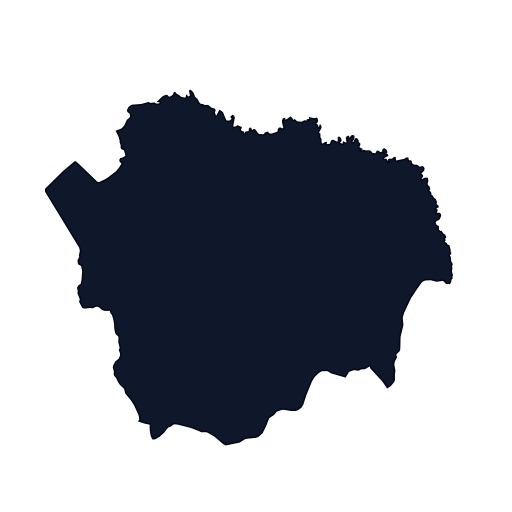 Gemena, Équateur, Democratic Republic of the Congo, rotated 77°
{"feature_id": "63176286B43464771754704", "entity_name": "Gemena", "entity_type": "district", "adm_level": 2, "iso_a3": "COD", "parent_name": "Democratic Republic of the Congo", "parent_adm1": "Équateur", "projection": "mercator", "projection_center": [19.592, 3.435], "detail": "fine", "context": "isolated", "style": "filled", "palette": "ink", "viewbox_px": 512, "rotation_deg": 77, "n_neighbors": 0, "source": "geoboundaries", "source_scale": "gbopen_adm2", "svg_char_len": 6016}
<svg xmlns="http://www.w3.org/2000/svg" viewBox="0 0 512 512"><g transform="rotate(77 256 256)"><path d="M179.9,121.0L179.2,122.0L178.6,125.3L177.5,127.2L177.6,129.7L176.9,130.8L175.7,129.1L174.0,131.1L173.0,131.5L170.3,129.8L167.9,131.1L166.4,130.7L164.5,131.6L164.3,132.2L164.7,132.9L167.3,134.9L167.6,135.8L167.1,136.7L165.8,136.9L163.8,134.6L161.3,133.8L160.6,134.5L160.6,135.7L162.9,138.4L162.5,139.2L160.4,139.0L160.5,140.4L161.4,141.3L165.6,141.5L166.5,142.4L166.2,143.6L164.9,145.1L166.8,145.9L166.9,146.6L165.1,149.2L163.9,149.1L162.7,147.4L160.9,147.3L159.6,147.8L159.0,148.5L159.2,149.0L162.8,149.9L163.5,150.5L163.6,151.5L161.0,154.6L160.7,155.7L161.4,156.8L163.5,157.9L164.0,158.9L163.7,162.2L162.9,162.7L161.3,162.1L161.3,163.3L162.2,165.7L161.6,167.1L159.6,167.2L156.7,166.6L154.9,167.3L151.4,166.5L150.6,167.6L149.4,167.3L145.8,164.2L144.3,163.7L143.3,164.1L145.3,165.3L145.5,166.0L144.8,166.7L142.3,166.9L140.4,168.4L139.8,168.0L139.3,166.6L137.8,165.7L135.6,165.9L135.5,168.7L133.6,172.5L135.5,172.9L135.7,173.4L134.9,174.6L135.1,175.4L136.1,175.4L136.3,176.0L135.4,178.3L136.2,181.2L134.7,186.0L132.1,187.8L132.7,189.0L132.3,189.6L130.0,190.3L128.6,191.3L129.8,193.6L130.6,196.3L130.4,197.4L128.6,197.3L128.6,198.2L129.7,199.4L132.2,199.9L137.5,199.8L138.6,201.4L136.9,203.7L136.9,204.7L138.2,205.9L139.8,206.0L140.4,207.5L141.0,212.9L140.5,215.1L139.9,216.0L138.1,217.0L138.4,219.3L139.7,220.6L139.7,221.8L138.6,225.7L137.2,227.0L133.0,228.8L132.5,229.6L133.3,231.6L133.0,232.3L130.7,232.5L130.3,233.0L131.0,233.8L132.6,234.2L133.4,235.3L133.1,237.9L135.8,240.5L135.3,241.1L132.6,240.4L131.5,242.1L129.9,243.2L127.4,241.7L125.2,244.7L126.0,247.1L125.6,249.5L123.8,249.5L116.4,246.3L114.8,246.4L113.9,247.2L114.9,248.9L117.3,248.0L118.8,250.8L118.3,253.8L117.5,255.1L108.9,256.5L107.3,257.6L106.3,258.8L110.5,262.2L110.9,263.4L110.6,264.3L108.1,264.3L107.3,264.8L104.8,263.3L103.8,263.5L101.7,266.8L98.7,269.0L97.9,272.6L96.8,273.7L95.7,276.3L94.1,277.3L89.9,278.4L87.7,280.2L83.6,280.7L81.0,281.9L80.0,282.8L80.3,283.5L85.3,283.6L86.4,286.2L84.3,287.5L86.1,288.5L86.6,289.5L84.6,293.8L82.8,294.9L80.3,297.5L78.6,298.3L78.8,299.1L80.2,299.7L81.1,301.0L82.1,304.0L81.8,305.4L79.6,306.8L79.6,309.3L80.2,311.1L83.4,316.5L84.0,314.6L85.7,315.0L86.3,316.5L85.6,319.5L84.2,320.8L83.8,324.8L82.5,326.2L82.8,333.7L81.4,342.7L81.9,344.7L82.7,346.3L85.2,348.3L86.6,348.1L88.6,346.4L90.8,346.3L93.0,347.2L94.9,350.8L98.9,353.8L100.6,355.6L102.3,358.5L103.0,363.7L109.1,362.3L114.0,362.2L114.4,362.6L118.0,362.2L119.6,362.8L121.0,362.6L123.1,360.1L129.1,359.9L129.8,360.8L130.7,363.5L130.8,365.9L131.9,366.9L133.1,367.0L135.9,365.4L139.8,369.3L142.7,373.2L146.8,382.2L148.1,386.1L149.4,392.1L149.1,394.0L127.0,408.4L123.8,410.7L123.7,411.4L130.3,424.3L143.5,445.8L145.8,446.3L148.4,445.5L208.0,425.7L211.4,425.7L215.8,427.7L217.5,427.8L220.5,430.3L223.7,430.5L226.2,427.9L232.0,428.1L240.6,430.8L244.1,432.5L245.5,435.6L247.0,436.8L250.7,436.9L251.9,437.6L258.5,436.7L261.0,437.9L267.1,436.3L268.0,434.5L268.7,428.8L269.5,427.0L268.7,423.2L269.1,421.6L270.3,419.8L273.7,417.4L274.9,415.1L275.6,411.1L276.5,410.1L279.3,409.8L280.3,409.0L284.8,408.6L290.0,408.8L294.9,409.7L299.2,409.8L300.5,409.5L303.2,407.6L304.4,407.5L308.9,408.8L315.1,408.8L317.0,410.1L320.1,409.7L322.5,410.0L325.7,412.4L327.7,416.4L330.8,419.1L332.6,419.9L336.2,419.7L337.7,419.9L338.9,420.5L340.5,420.4L343.4,419.0L347.7,418.1L350.7,416.9L355.5,413.7L360.4,413.6L368.2,409.7L373.8,407.7L383.9,405.6L386.6,405.5L389.8,406.0L390.5,407.0L393.5,402.1L396.0,396.8L401.5,397.9L406.1,398.3L409.0,398.1L410.9,397.5L411.2,395.5L409.7,390.8L407.0,385.9L402.6,380.4L402.4,377.5L401.1,375.2L400.9,373.1L402.0,370.0L407.8,358.6L413.0,350.7L414.7,348.7L415.8,343.9L416.7,342.4L422.4,336.4L431.0,330.1L433.0,328.1L433.4,314.1L431.3,308.1L431.2,306.7L432.4,297.0L432.1,294.6L429.6,289.9L422.8,284.4L416.4,280.2L414.2,274.4L411.7,271.3L411.0,265.9L411.3,263.5L414.2,256.5L415.2,252.0L414.9,249.8L413.4,246.3L411.0,243.9L402.7,239.0L390.4,230.3L386.9,227.0L384.0,222.5L382.6,219.1L382.4,217.4L383.4,212.6L384.0,211.4L386.6,208.9L393.7,196.2L389.1,191.7L388.5,186.1L390.1,181.9L389.4,179.3L390.0,175.3L388.2,169.4L391.2,169.1L406.1,160.6L413.7,157.6L412.3,154.1L409.2,150.0L407.5,149.1L403.6,148.3L398.9,146.7L392.8,146.4L389.6,145.1L386.2,142.1L383.8,142.3L382.6,141.5L380.8,138.3L379.1,137.1L367.0,134.0L356.2,128.6L348.8,127.6L344.3,125.1L334.6,117.5L331.2,114.7L323.8,106.9L318.9,101.4L317.7,99.4L317.2,96.6L318.2,91.0L321.0,85.6L321.5,79.6L322.7,78.0L325.3,76.8L325.7,75.8L325.6,74.6L326.3,73.7L324.8,72.2L322.6,71.5L321.7,70.1L320.0,70.0L318.9,69.1L314.9,69.3L311.9,68.1L309.9,68.1L308.4,67.0L307.2,67.0L305.4,67.7L300.4,67.2L299.7,67.8L298.8,67.7L297.4,65.9L296.0,65.8L295.4,66.4L293.9,65.7L289.5,65.8L288.2,67.5L286.5,68.0L285.3,69.4L284.2,69.6L283.1,68.4L281.3,68.6L280.3,67.2L278.2,67.5L276.8,68.9L274.0,70.0L273.6,71.2L271.3,72.8L270.5,72.3L268.2,71.9L266.7,73.7L263.4,74.4L261.8,72.4L261.4,70.0L260.8,69.1L258.3,67.3L256.9,67.1L255.7,68.0L255.2,71.2L254.4,71.2L252.7,69.6L251.7,69.5L251.2,69.9L251.1,70.8L250.7,70.8L249.4,69.6L249.0,67.6L248.2,67.6L246.9,68.7L245.6,69.1L244.1,68.3L241.3,68.7L239.9,70.0L236.9,71.1L235.7,72.4L234.3,71.7L232.9,72.0L231.9,73.1L231.1,73.1L229.9,71.9L227.6,72.0L225.8,73.2L223.9,73.3L221.5,71.9L219.0,71.7L218.4,73.7L219.1,76.8L218.5,78.1L217.5,77.9L215.7,75.9L214.8,75.9L213.4,77.1L212.3,76.9L210.3,73.6L208.5,72.8L207.3,73.1L206.6,73.8L206.5,76.9L205.9,77.7L204.6,78.2L203.7,79.5L203.4,81.7L201.0,83.8L198.6,83.7L198.1,84.2L197.9,85.8L196.6,86.3L195.0,86.1L194.5,87.1L195.4,89.6L195.2,98.1L194.6,99.0L191.8,98.3L191.3,99.2L192.7,101.7L191.9,104.2L192.2,105.0L194.8,105.3L194.9,106.1L191.1,107.7L190.9,109.4L189.9,110.1L188.8,109.7L187.7,105.2L186.9,105.3L185.1,107.8L184.6,105.8L184.1,105.3L182.3,105.6L180.6,106.9L180.7,107.9L181.9,108.7L183.7,108.8L183.3,110.6L183.7,112.1L181.8,113.0L181.3,114.3L183.3,116.0L183.5,117.0L182.1,120.1L179.9,121.0Z" fill="#0f172a" stroke="#020617" stroke-width="1.5"/></g></svg>